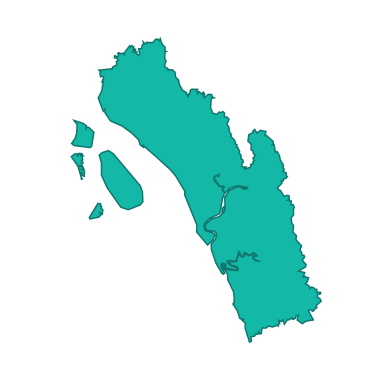 Chittagong, Chittagong, Bangladesh (Albers equal-area conic projection), rotated 353°
{"feature_id": "16705992B94200136889214", "entity_name": "Chittagong", "entity_type": "district", "adm_level": 2, "iso_a3": "BGD", "parent_name": "Bangladesh", "parent_adm1": "Chittagong", "projection": "albers", "projection_center": [91.95, 22.424], "detail": "fine", "context": "isolated", "style": "filled", "palette": "teal", "viewbox_px": 384, "rotation_deg": 353, "n_neighbors": 0, "source": "geoboundaries", "source_scale": "gbopen_adm2", "svg_char_len": 6016}
<svg xmlns="http://www.w3.org/2000/svg" viewBox="0 0 384 384"><g transform="rotate(353 192 192)"><path d="M289.4,213.0L285.8,212.0L287.7,211.0L287.8,207.5L285.7,206.8L282.8,207.7L280.0,201.2L278.7,201.0L277.4,198.4L282.4,194.1L281.8,192.1L283.7,192.2L284.6,190.1L286.8,190.0L288.5,188.4L287.6,187.4L287.9,184.7L284.8,182.3L286.3,180.8L285.2,178.1L286.1,176.7L283.5,170.8L283.2,166.5L281.5,162.3L279.6,162.7L279.3,155.3L277.3,154.9L278.7,153.6L278.6,151.6L272.7,144.9L271.4,145.1L272.7,140.9L267.5,139.2L263.6,141.4L261.6,136.9L261.5,138.2L260.0,138.7L260.1,140.3L255.4,142.0L253.7,148.4L256.6,151.9L255.8,157.5L257.7,159.0L257.5,161.1L259.3,163.3L256.6,165.9L257.6,168.4L256.2,169.2L256.2,171.2L253.6,171.8L253.4,174.0L252.0,174.8L247.2,175.6L247.3,174.0L249.4,173.7L246.0,173.6L244.5,172.2L245.5,169.1L246.5,168.8L246.2,166.0L244.8,165.6L245.1,161.5L243.5,158.7L244.2,157.6L242.8,153.2L241.6,152.9L242.4,150.5L241.0,149.5L240.8,146.2L237.1,141.3L238.1,140.1L236.5,136.7L236.5,131.9L234.9,128.9L237.6,124.3L236.0,122.0L233.2,121.2L233.9,117.7L232.7,116.0L230.0,116.7L228.9,115.9L226.0,117.9L222.4,116.5L220.7,110.8L222.4,101.5L225.4,101.2L223.9,100.2L223.3,97.6L220.2,97.1L215.5,100.0L215.1,98.6L216.5,96.6L215.6,94.3L214.2,95.4L214.5,96.5L210.8,93.0L209.5,94.9L208.9,92.4L210.0,90.8L204.2,90.0L202.8,90.6L202.0,93.8L200.5,94.3L200.7,95.8L199.4,96.7L199.6,95.3L198.2,94.2L198.7,92.7L194.9,89.8L192.5,83.6L192.3,79.3L189.8,76.1L189.7,71.0L187.2,68.2L182.9,67.9L183.2,66.6L179.9,64.1L182.2,58.6L181.1,56.5L182.3,49.9L183.6,49.4L182.3,48.9L183.0,45.1L180.4,41.9L179.1,35.9L178.0,37.9L176.4,36.0L174.2,36.1L171.2,39.1L165.1,37.9L165.1,38.9L163.4,39.2L161.9,37.0L162.0,39.3L160.7,39.8L159.4,43.5L156.6,43.4L156.9,48.2L155.4,49.8L153.6,47.4L154.4,46.2L152.1,46.6L152.7,44.7L150.4,45.4L151.6,43.2L153.9,44.3L151.7,42.3L151.9,40.6L150.7,40.7L150.2,39.4L148.6,40.3L148.0,39.2L142.0,45.4L141.7,47.4L140.0,45.6L138.4,46.2L135.9,44.7L135.1,45.6L136.4,46.0L134.8,48.8L131.9,47.3L131.3,49.3L134.0,50.3L134.8,52.1L132.8,53.4L132.9,56.6L128.4,58.4L128.0,59.9L114.4,59.8L116.1,61.5L115.0,62.9L115.3,66.5L117.6,66.2L118.4,67.3L116.0,71.9L116.1,72.8L116.7,70.8L117.5,71.1L114.8,80.6L110.4,87.3L113.7,101.0L115.7,99.2L115.3,102.6L119.7,111.5L130.9,118.2L139.5,126.3L145.5,133.8L146.3,138.9L149.9,142.4L148.4,139.0L160.0,151.8L173.1,167.0L177.8,174.2L185.0,190.5L184.4,194.1L192.9,225.7L191.7,232.2L201.0,246.5L207.0,241.8L209.6,237.3L208.5,235.5L200.6,232.0L199.6,227.0L201.5,224.0L205.9,220.5L216.9,216.8L221.5,202.2L224.2,196.8L222.1,193.4L224.1,190.9L220.6,190.3L218.9,188.7L215.9,184.0L215.0,181.1L215.6,179.9L218.5,178.2L220.1,179.7L221.8,177.1L220.5,179.9L219.9,180.0L218.2,178.6L215.4,180.9L220.2,189.5L224.3,190.3L224.4,191.5L222.5,193.5L224.8,196.9L229.6,192.9L233.6,191.9L239.6,191.6L247.5,194.2L247.6,195.5L244.2,195.5L242.4,194.7L240.9,192.9L238.0,192.4L229.5,194.7L223.9,201.0L222.8,212.7L221.7,215.3L216.3,219.6L207.5,221.4L202.2,225.4L200.6,228.6L202.1,232.0L209.4,233.7L211.4,236.3L209.7,241.5L204.8,245.8L204.2,251.5L207.2,265.7L211.9,276.6L213.2,277.4L214.5,276.7L211.8,269.6L212.1,267.4L213.7,266.3L216.8,267.6L216.1,271.6L225.7,274.7L227.7,274.3L227.0,272.5L220.6,269.2L218.8,266.6L218.5,265.0L219.0,264.6L221.3,264.6L227.3,266.1L231.1,257.2L232.2,258.0L232.3,260.8L234.8,262.3L236.3,258.9L237.7,258.8L241.1,261.8L244.7,260.2L246.4,260.1L248.8,263.3L247.1,263.8L245.0,263.0L244.8,265.1L247.2,267.6L251.5,269.3L246.9,267.9L244.8,266.1L244.4,263.1L245.8,262.7L247.2,263.3L248.2,262.9L246.5,260.5L240.7,262.2L236.4,259.2L236.1,262.3L233.7,262.5L231.7,260.6L231.2,257.9L227.8,266.5L222.8,266.1L220.6,267.6L221.2,268.9L227.6,271.7L228.4,274.4L227.7,275.6L216.4,273.2L214.8,270.9L215.6,267.4L213.1,267.6L213.6,271.1L217.2,277.4L216.9,283.6L221.0,295.9L221.0,302.9L219.9,308.2L219.0,308.2L222.6,315.5L224.1,323.3L228.1,324.8L225.9,325.1L228.8,328.4L228.2,333.8L230.8,348.1L232.9,347.3L232.7,342.8L236.5,342.7L237.9,340.7L239.6,341.2L241.3,338.8L241.6,341.1L243.5,341.0L245.0,335.4L248.7,336.1L251.8,334.4L255.5,335.8L260.6,334.7L261.4,335.5L261.9,333.5L263.1,333.1L262.3,330.0L265.2,331.5L266.8,329.9L267.5,334.4L271.6,330.1L272.9,330.8L274.7,329.4L276.3,330.5L276.6,329.5L277.5,330.6L279.5,329.7L280.0,327.8L282.5,327.0L280.8,331.9L285.4,336.1L289.7,334.0L296.8,333.8L293.1,324.0L294.8,323.3L296.7,323.7L296.8,325.0L298.4,324.7L300.0,322.6L302.4,322.1L301.2,321.8L301.9,319.5L306.9,316.1L305.9,313.3L303.6,311.8L304.1,309.0L307.1,308.7L307.5,307.4L303.7,306.7L303.9,303.8L302.2,303.8L301.4,302.1L298.8,300.9L297.5,302.2L296.5,299.2L293.4,296.9L295.3,295.5L297.3,291.3L294.2,290.4L294.0,289.4L291.9,289.8L294.1,285.7L288.2,283.6L295.6,280.1L296.4,277.8L293.1,273.5L295.9,270.1L295.3,268.4L293.6,268.2L293.3,264.8L291.9,263.3L294.1,258.7L289.4,252.2L290.3,248.0L287.3,244.2L288.7,237.5L287.3,235.4L287.2,230.0L290.0,227.0L290.5,221.7L291.6,219.8L290.8,216.9L288.8,217.1L289.4,213.0ZM126.6,201.8L138.8,198.6L142.0,195.8L142.8,185.8L141.4,179.5L118.6,144.5L114.1,140.7L107.5,142.0L104.4,144.1L105.7,151.6L104.2,164.3L108.4,177.6L119.5,198.4L126.6,201.8ZM78.4,129.2L80.9,131.6L96.3,135.5L97.9,134.4L101.9,120.9L97.7,115.5L95.7,114.8L94.5,115.9L95.3,113.4L92.5,110.7L83.6,106.6L86.2,111.1L84.8,119.3L82.6,124.5L78.4,129.2ZM99.9,192.7L97.3,191.8L87.0,204.8L87.4,206.3L96.5,205.6L98.8,203.6L98.3,201.5L100.3,203.1L101.3,198.9L100.0,197.0L100.5,195.2L99.5,194.5L99.9,192.7ZM81.9,152.5L86.1,152.2L85.8,150.0L87.3,150.0L86.7,147.5L85.5,147.3L87.4,146.8L87.3,143.0L86.1,142.3L84.9,139.9L83.2,140.7L83.0,143.3L82.4,139.9L79.7,140.2L76.5,142.2L81.9,152.5ZM83.6,162.3L85.0,158.5L84.6,162.0L87.1,163.3L87.8,157.8L87.5,156.5L85.3,156.0L87.2,155.4L86.6,153.4L82.0,152.7L83.6,162.3ZM219.1,217.0L222.4,213.1L222.3,210.2L220.2,211.8L219.1,217.0ZM219.8,267.3L221.1,265.0L219.0,264.8L219.0,266.4L219.8,267.3ZM245.4,194.9L243.7,193.6L241.7,193.2L243.2,194.6L245.4,194.9ZM88.3,142.6L87.1,140.3L86.4,140.3L86.3,141.9L88.3,142.6ZM83.8,165.8L84.7,165.8L83.8,163.4L83.7,163.5L83.8,165.8Z" fill="#14b8a6" stroke="#0f766e" stroke-width="1.5"/></g></svg>